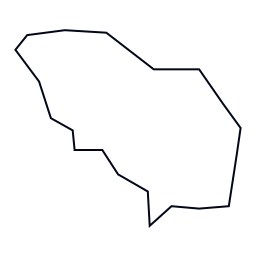 the border of Victoria
{"feature_id": "MLT-5982", "entity_name": "Victoria", "entity_type": "state/province", "adm_level": 1, "iso_a3": "MLT", "parent_name": "Malta", "parent_adm1": "", "projection": "orthographic", "projection_center": [14.242, 36.04], "detail": "fine", "context": "isolated", "style": "outline", "palette": "ink", "viewbox_px": 256, "rotation_deg": 0, "n_neighbors": 0, "source": "natural_earth", "source_scale": "10m", "svg_char_len": 364}
<svg xmlns="http://www.w3.org/2000/svg" viewBox="0 0 256 256"><path d="M74.6,150.0L72.7,130.4L50.9,118.2L39.1,81.6L15.4,49.8L27.2,35.1L64.8,30.2L106.3,32.7L153.7,69.3L199.1,69.3L222.9,103.6L240.6,128.0L236.7,154.9L228.8,206.2L199.1,208.6L171.5,206.2L149.7,225.8L147.8,191.5L118.1,174.4L102.3,150.0L74.6,150.0Z" fill="none" stroke="#020617" stroke-width="2"/></svg>